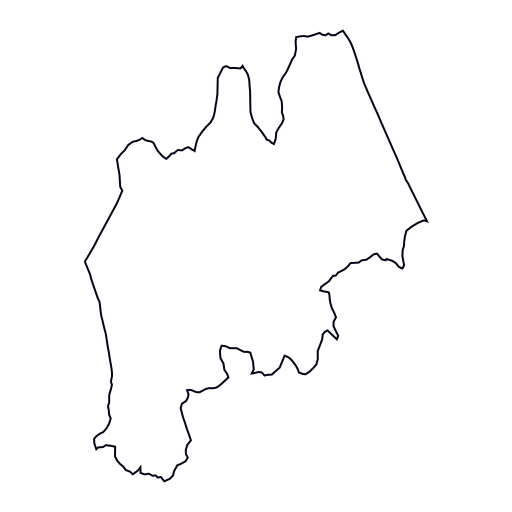 Chesumei, Rift Valley, Kenya
{"feature_id": "3690345B21695789916257", "entity_name": "Chesumei", "entity_type": "district", "adm_level": 2, "iso_a3": "KEN", "parent_name": "Kenya", "parent_adm1": "Rift Valley", "projection": "equal_earth", "projection_center": [35.097, 0.277], "detail": "fine", "context": "isolated", "style": "outline", "palette": "ink", "viewbox_px": 512, "rotation_deg": 0, "n_neighbors": 0, "source": "geoboundaries", "source_scale": "gbopen_adm2", "svg_char_len": 4831}
<svg xmlns="http://www.w3.org/2000/svg" viewBox="0 0 512 512"><path d="M348.3,38.6L345.7,34.8L342.9,30.7L339.0,32.7L335.1,35.2L331.4,35.2L328.3,33.5L325.5,35.3L322.2,34.7L319.6,32.9L316.3,34.0L312.6,35.3L308.0,36.6L303.3,36.0L299.4,36.5L296.2,37.1L295.6,41.7L296.1,49.0L294.8,55.6L291.8,60.0L290.1,64.1L288.5,67.6L286.7,71.5L284.8,74.4L284.0,75.5L282.9,77.1L282.0,78.8L280.5,81.8L279.1,87.1L278.4,92.1L280.0,96.9L281.7,101.3L282.1,106.7L281.9,112.5L283.2,116.0L283.6,119.6L281.8,123.5L278.5,128.3L276.2,132.7L275.7,139.0L274.0,144.0L271.7,142.9L269.4,140.6L266.5,139.5L265.6,137.5L264.4,135.8L262.0,132.3L259.9,129.6L257.8,127.0L254.2,123.3L252.4,118.9L250.5,112.3L250.3,103.9L250.2,97.4L250.1,91.4L249.6,86.0L249.2,79.8L247.9,74.7L245.8,70.9L245.1,70.0L243.4,67.6L242.6,65.9L240.6,68.4L237.6,68.2L234.1,67.9L230.4,68.1L226.2,66.1L223.1,67.4L220.9,71.7L218.7,76.2L217.8,77.6L217.6,84.7L217.4,93.9L216.5,100.8L215.6,105.9L214.9,110.7L214.0,115.1L213.5,116.9L212.2,119.6L210.3,122.7L206.0,127.0L202.0,131.9L198.4,137.0L196.7,141.5L195.5,146.4L194.6,151.0L193.6,150.3L192.1,149.6L188.5,147.2L185.7,148.0L182.0,150.4L177.9,150.0L175.8,151.7L174.0,153.3L171.5,153.6L168.8,156.6L166.2,158.9L163.9,157.3L162.1,155.8L161.2,154.8L158.0,151.2L155.7,147.2L154.8,145.4L153.7,143.1L151.6,141.6L150.4,141.4L149.0,141.1L145.4,140.2L142.3,138.0L139.5,139.8L136.9,140.8L132.8,141.8L128.3,144.9L124.6,150.4L121.3,153.6L116.9,159.2L118.1,166.8L119.5,174.9L120.2,186.7L122.3,190.7L117.0,203.1L99.0,236.4L93.6,246.9L85.0,261.4L85.5,263.4L86.8,266.4L87.3,267.7L87.9,269.1L89.3,272.4L90.0,274.3L90.8,277.2L91.1,278.4L91.5,279.7L92.4,282.6L94.3,288.0L95.0,290.1L95.7,292.2L97.6,297.7L99.5,301.9L99.9,304.7L100.0,306.0L100.2,307.4L100.5,310.2L100.9,313.5L101.2,315.5L102.6,321.0L103.6,325.4L104.8,330.1L105.7,333.5L106.3,337.0L107.1,342.4L108.0,348.0L108.9,352.6L109.6,357.5L110.6,363.3L111.4,367.9L111.9,371.7L112.0,374.0L112.0,376.1L110.9,381.7L111.9,384.7L111.6,386.3L110.8,389.6L110.2,391.5L109.2,395.2L109.2,399.2L109.2,402.6L108.0,406.1L108.7,409.9L109.1,414.6L110.7,418.3L109.2,423.4L106.3,428.6L103.1,432.2L100.3,433.4L97.6,435.3L95.3,437.3L94.1,439.0L94.3,443.3L96.3,449.2L98.3,447.4L102.9,447.1L105.8,445.2L110.2,445.7L115.1,446.7L115.1,451.0L115.0,456.4L117.3,460.9L120.1,464.0L123.1,466.5L126.0,470.1L129.9,471.6L132.9,474.3L135.6,472.2L138.1,470.4L140.4,467.3L140.6,472.9L144.5,474.4L148.9,473.7L152.7,475.8L155.6,475.4L157.7,477.5L160.9,477.0L164.3,481.3L169.8,478.8L172.9,475.7L174.2,470.9L177.3,465.3L181.0,463.8L185.6,461.2L187.8,457.6L185.9,454.1L185.8,449.8L187.3,444.9L190.9,440.3L189.1,435.0L186.5,427.8L184.8,422.2L183.2,417.9L182.0,413.3L180.7,408.2L181.9,403.7L185.9,401.1L187.6,398.2L188.6,394.9L187.1,390.1L189.0,390.0L190.5,389.9L192.2,390.4L195.1,391.7L196.6,392.1L199.6,392.3L202.7,390.6L206.1,388.8L209.4,388.1L212.6,388.3L216.4,387.6L219.3,385.6L220.1,385.0L222.2,383.2L224.1,381.4L225.2,380.4L227.4,378.3L228.4,377.7L227.2,374.0L224.4,369.9L223.5,363.5L220.6,358.5L220.1,354.7L220.0,350.6L221.6,345.7L222.8,345.8L226.0,346.3L229.8,348.2L234.2,348.2L237.2,348.3L240.3,350.1L243.9,351.8L247.8,351.9L250.3,352.6L251.4,356.4L253.0,361.6L253.4,365.6L253.8,369.4L251.8,373.5L255.4,372.8L258.6,372.0L261.8,372.5L264.5,375.5L267.7,374.8L271.8,374.6L275.8,371.0L279.7,367.6L282.2,361.5L284.6,355.7L287.9,357.0L290.8,359.2L293.3,362.2L295.7,365.4L297.6,368.8L298.9,372.5L302.7,373.9L305.4,374.3L309.4,371.8L313.1,368.2L316.3,364.6L317.8,359.3L317.7,351.1L319.9,345.4L322.1,339.6L322.7,334.7L324.4,332.2L327.5,330.4L336.8,339.3L337.7,337.1L338.2,335.8L333.5,326.3L333.6,321.7L336.0,317.3L334.1,312.6L331.8,308.0L330.3,302.7L329.7,299.1L329.6,297.3L329.5,295.4L328.8,292.4L326.8,291.9L324.6,291.5L323.6,291.4L320.1,290.3L321.2,286.9L324.6,284.3L328.7,281.5L332.9,275.9L335.7,275.6L338.1,272.6L341.2,271.1L344.7,269.2L347.7,266.5L350.5,263.1L354.8,262.8L358.6,262.6L361.7,260.4L366.5,259.7L370.1,257.2L373.4,254.5L376.9,253.6L377.9,254.7L379.4,256.5L381.2,258.6L382.2,259.5L385.7,260.3L386.5,259.0L389.4,259.9L392.4,260.9L395.8,263.1L398.5,266.5L401.2,268.1L402.5,268.5L403.5,266.4L404.1,264.9L403.3,261.3L402.4,256.0L402.7,249.9L404.0,245.8L404.2,241.5L404.9,236.4L406.4,230.8L411.3,226.9L414.2,225.1L417.5,223.1L420.8,221.6L424.1,220.4L427.0,221.3L425.3,217.9L421.6,210.7L417.9,203.2L413.8,194.9L411.5,190.4L408.1,183.3L406.6,181.0L405.9,180.2L405.5,178.9L405.1,177.4L403.4,173.9L402.3,171.2L401.8,169.8L401.0,168.0L399.5,164.3L398.3,161.4L397.6,159.8L397.2,158.7L395.0,153.8L393.2,149.8L390.2,142.9L387.6,137.0L383.2,127.0L377.1,112.8L374.8,107.9L371.5,100.3L367.5,91.3L366.8,89.6L366.2,88.2L365.2,86.0L364.2,83.6L363.7,82.2L363.1,80.2L362.5,78.5L360.6,72.3L359.1,67.7L358.8,66.3L358.2,64.3L357.1,60.6L354.9,53.8L354.1,51.4L353.3,49.2L352.2,46.3L351.7,45.0L350.7,42.8L348.3,38.6Z" fill="none" stroke="#020617" stroke-width="2"/></svg>